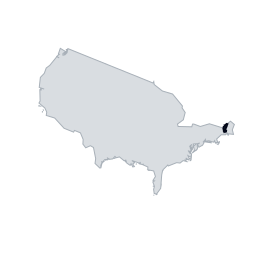 location of Somerset, Maine, United States of America, rotated 22°
{"feature_id": "52423323B50895679426840", "entity_name": "Somerset", "entity_type": "district", "adm_level": 2, "iso_a3": "USA", "parent_name": "United States of America", "parent_adm1": "Maine", "projection": "robinson", "projection_center": [-70.064, 45.576], "detail": "fine", "context": "in_parent", "style": "filled", "palette": "ink", "viewbox_px": 256, "rotation_deg": 22, "n_neighbors": 0, "source": "geoboundaries", "source_scale": "gbopen_adm2", "svg_char_len": 4734}
<svg xmlns="http://www.w3.org/2000/svg" viewBox="0 0 256 256"><g transform="rotate(22 128 128)"><path d="M201.9,93.6L215.0,92.5L220.5,83.3L225.3,84.9L225.4,90.6L228.2,94.4L223.2,95.8L222.9,96.8L222.1,95.5L220.9,97.8L217.0,99.3L214.3,105.0L216.4,107.5L217.9,107.2L217.5,106.1L218.0,106.6L218.1,107.8L213.9,108.6L213.1,107.3L212.6,109.1L207.7,109.5L204.0,111.7L204.4,110.5L204.1,109.6L203.0,112.7L204.0,113.2L203.6,115.9L201.0,119.2L198.5,117.1L200.1,115.0L198.3,116.5L198.9,118.8L200.0,120.2L200.1,121.7L196.9,127.2L197.9,123.7L195.6,120.5L197.3,117.0L194.8,118.1L195.5,123.2L193.2,121.6L192.4,121.8L193.2,120.2L193.2,119.7L192.3,121.0L192.2,122.0L195.8,124.0L194.9,124.9L193.4,123.1L192.8,122.8L194.7,124.9L195.6,125.4L195.0,126.6L194.0,125.6L195.6,127.6L195.2,127.9L194.4,126.9L192.2,126.4L194.9,128.3L196.6,128.2L198.2,132.9L196.8,129.3L197.2,131.6L193.9,131.1L196.2,133.4L197.4,132.8L195.8,134.9L192.8,134.1L194.6,135.2L192.9,136.3L194.8,137.1L191.3,137.6L189.4,141.0L186.1,141.9L179.6,148.1L178.8,147.4L176.3,153.1L176.0,154.5L176.8,158.8L180.9,171.7L179.2,178.5L176.8,178.9L174.7,175.2L174.4,172.2L171.2,168.7L172.4,167.1L170.8,167.2L171.6,162.7L167.9,158.2L162.0,159.3L161.0,156.7L155.2,156.5L156.0,155.5L154.9,156.5L152.3,156.9L152.3,154.9L151.8,156.3L143.8,156.7L147.1,157.7L145.9,159.6L148.4,161.4L147.0,162.3L144.2,159.9L144.0,161.8L140.1,161.0L138.0,158.6L136.6,159.8L130.9,158.0L127.4,160.6L128.3,159.9L126.5,159.2L125.4,162.4L121.8,164.4L122.6,163.8L120.3,163.5L121.1,164.6L118.3,165.9L117.0,169.4L115.9,168.9L116.8,169.8L116.8,173.1L117.8,175.0L116.9,175.7L110.7,173.2L109.5,168.5L103.3,159.0L99.8,158.5L96.2,162.2L92.2,159.8L90.7,155.4L85.7,150.3L79.3,150.3L79.1,152.2L68.8,152.2L56.3,146.2L47.5,147.0L46.7,143.7L43.4,140.6L36.1,138.2L36.4,135.9L31.9,125.5L32.3,124.4L33.3,125.8L32.9,123.5L35.7,123.3L30.5,123.6L27.8,113.9L29.9,108.7L29.7,103.0L32.0,99.2L35.3,88.5L37.9,88.8L35.1,88.3L36.7,85.4L35.7,85.5L35.4,79.5L41.6,80.5L39.5,83.6L42.2,81.4L41.3,84.0L39.6,84.7L40.7,84.8L42.2,83.7L43.3,81.0L42.5,76.9L134.3,76.9L134.5,75.3L136.0,77.9L146.0,80.8L156.6,79.8L170.2,87.2L170.6,89.1L175.2,92.2L176.2,99.7L172.4,105.8L173.9,107.8L186.7,103.0L186.4,100.2L187.5,99.7L194.5,99.5L201.9,93.6ZM209.2,110.7L211.3,110.4L203.8,112.2L210.0,110.0L209.2,110.7ZM42.4,79.4L42.8,81.1L42.7,81.4L41.8,80.1L42.4,79.4ZM117.7,174.5L117.0,171.6L117.2,170.0L117.2,171.7L117.7,174.5ZM223.7,96.0L223.7,96.9L223.4,96.7L223.7,96.0ZM138.0,159.5L138.1,160.1L137.5,159.6L138.0,159.5ZM38.7,140.8L39.6,140.5L38.7,140.8ZM37.8,140.6L37.4,141.1L37.1,140.6L37.8,140.6ZM215.8,108.7L215.2,109.3L215.0,109.2L215.8,108.7ZM117.8,168.5L117.2,169.8L118.6,167.3L117.8,168.5ZM179.8,167.4L180.5,170.0L179.6,167.2L179.8,167.4ZM42.9,143.0L43.2,143.6L42.8,143.0L42.9,143.0ZM179.5,178.8L178.8,179.6L180.0,178.0L179.5,178.8ZM198.4,134.5L197.6,135.4L198.3,133.1L198.4,134.5ZM41.9,78.1L41.7,78.6L41.4,78.3L41.9,78.1ZM121.1,165.1L119.8,165.7L121.1,164.9L121.1,165.1ZM217.8,109.0L217.7,109.6L217.1,109.5L217.8,109.0ZM42.6,144.9L42.8,145.7L42.5,145.0L42.6,144.9ZM119.4,166.2L118.9,166.5L119.4,166.0L119.4,166.2ZM199.8,122.8L198.9,124.1L199.9,122.2L199.8,122.8ZM127.0,161.1L126.1,161.6L127.4,160.8L127.0,161.1ZM176.4,153.7L176.2,154.8L176.1,154.1L176.4,153.7ZM195.1,137.2L194.8,137.4L195.7,136.7L195.1,137.2ZM164.1,159.1L163.1,159.6L162.7,159.5L164.1,159.1ZM151.9,156.7L151.7,156.9L151.1,156.9L151.9,156.7ZM173.3,172.3L173.4,173.0L173.1,172.1L173.3,172.3ZM149.2,158.2L149.1,158.9L149.1,157.7L149.2,158.2ZM177.3,180.6L176.7,180.7L177.5,180.5L177.3,180.6ZM203.4,116.3L203.0,117.0L203.5,116.0L203.4,116.3ZM196.9,135.7L196.6,135.9L196.9,135.7Z" fill="#d9dde1" stroke="#a8b0b8" stroke-width="1"/><path d="M217.8,87.1L217.7,87.7L217.6,87.8L217.4,87.9L217.4,88.0L217.4,87.9L217.3,88.0L217.2,88.1L217.1,88.3L217.0,88.5L216.9,88.7L217.0,88.7L217.0,88.8L217.1,89.0L216.9,89.1L217.0,89.2L216.9,89.3L216.9,89.5L217.0,89.5L216.9,89.5L217.0,89.6L217.0,89.8L217.0,90.0L216.9,90.1L216.7,90.2L216.6,90.3L216.5,90.5L216.4,90.7L216.2,90.8L216.2,91.5L216.5,93.1L216.9,93.0L217.4,93.1L217.5,93.7L217.5,93.9L217.4,93.9L217.5,94.3L217.8,94.2L217.9,94.6L217.9,94.9L217.9,95.0L218.1,95.0L218.2,95.3L218.4,95.3L218.5,95.3L218.6,95.5L218.7,95.3L218.8,95.4L219.1,95.4L219.3,95.5L219.3,95.4L219.3,95.2L219.2,95.1L219.2,94.9L219.3,94.9L219.7,94.9L219.7,95.0L219.9,94.9L220.0,94.8L220.0,94.7L220.2,94.9L220.4,94.8L220.4,94.5L220.2,93.7L220.1,93.4L219.6,93.4L219.6,93.5L219.2,93.6L219.1,93.2L219.0,92.8L218.9,92.4L218.7,91.4L218.8,91.3L218.9,91.2L218.9,90.9L219.0,91.0L218.9,90.9L218.7,90.8L218.6,90.7L218.7,90.4L218.7,90.5L218.8,90.5L218.8,90.4L218.9,90.2L218.9,89.9L218.9,90.0L219.0,90.1L219.0,89.5L218.8,89.6L218.8,87.8L218.9,87.0L217.8,87.1Z" fill="#0f172a" stroke="#020617" stroke-width="1.5"/></g></svg>